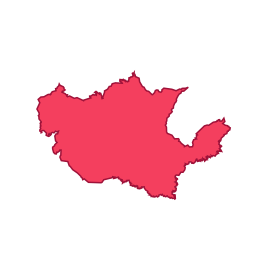 Atwima Mponua, Ashanti, Ghana (Mercator projection), rotated 216°
{"feature_id": "2480657B25907117051030", "entity_name": "Atwima Mponua", "entity_type": "district", "adm_level": 2, "iso_a3": "GHA", "parent_name": "Ghana", "parent_adm1": "Ashanti", "projection": "mercator", "projection_center": [-2.226, 6.556], "detail": "fine", "context": "isolated", "style": "filled", "palette": "rose", "viewbox_px": 256, "rotation_deg": 216, "n_neighbors": 0, "source": "geoboundaries", "source_scale": "gbopen_adm2", "svg_char_len": 5734}
<svg xmlns="http://www.w3.org/2000/svg" viewBox="0 0 256 256"><g transform="rotate(216 128 128)"><path d="M195.5,73.1L195.1,73.7L196.1,74.4L196.0,75.4L194.6,76.5L191.0,76.0L189.9,74.0L187.4,74.5L187.0,75.0L188.5,76.2L188.5,77.1L186.5,76.6L186.5,78.0L187.2,78.5L186.7,79.9L185.0,80.6L184.8,82.8L183.3,83.1L182.4,84.5L181.5,81.9L182.7,81.0L182.5,78.5L179.0,75.0L176.9,74.6L177.4,71.5L177.0,70.4L177.7,68.2L176.7,66.8L173.8,64.5L171.9,64.2L170.8,64.8L171.4,66.5L170.7,66.8L170.0,68.7L170.2,70.0L169.2,70.8L166.3,66.4L166.4,65.4L165.8,64.3L162.8,62.4L157.0,65.5L153.3,62.9L152.2,63.0L148.2,61.8L142.4,61.9L137.7,61.2L137.1,60.7L135.8,60.7L134.2,59.6L133.6,61.1L128.1,60.8L117.6,67.9L117.1,68.7L117.2,71.9L112.0,78.0L111.5,78.7L111.8,79.6L110.5,80.1L109.9,78.8L108.9,79.9L109.2,80.7L108.3,80.8L106.9,82.6L106.4,82.5L105.9,81.5L102.7,82.5L102.8,81.8L102.2,82.2L101.9,81.3L101.0,81.9L100.1,80.4L100.0,81.1L99.3,81.4L99.3,82.6L98.6,82.8L98.3,83.8L97.8,83.7L97.5,84.7L98.0,84.9L96.4,86.3L94.4,84.8L93.8,85.3L93.4,84.4L92.8,84.6L93.0,84.1L92.4,83.1L90.1,84.0L90.2,84.7L89.6,84.9L89.6,84.1L88.6,84.9L88.7,84.5L87.6,84.5L86.5,85.9L86.7,86.6L86.0,86.6L86.0,85.8L84.8,85.5L85.0,84.9L84.6,84.8L83.0,85.6L82.9,86.6L82.2,86.5L81.5,87.9L82.2,88.4L80.3,89.9L79.7,89.1L77.2,88.2L74.7,88.4L74.4,87.4L72.9,87.0L72.4,87.5L71.3,87.3L70.8,87.0L71.1,86.5L69.7,87.0L69.0,86.2L68.2,87.0L67.2,87.0L67.1,88.0L65.8,87.9L64.8,89.8L63.7,89.5L63.0,90.8L63.5,91.9L62.5,93.4L61.5,93.3L61.3,94.4L59.1,93.7L58.8,94.6L58.0,94.3L57.0,94.6L56.5,96.1L54.9,95.8L53.4,96.4L53.0,96.0L52.3,96.3L51.9,97.3L50.7,97.1L49.4,98.3L48.4,98.0L48.2,98.7L49.6,100.4L49.8,99.9L50.1,100.6L50.2,100.1L51.1,100.1L51.4,101.2L53.3,100.4L54.3,101.5L54.7,101.2L54.0,102.4L54.8,102.6L54.6,103.4L53.9,103.5L54.4,103.9L53.4,104.2L53.4,103.6L53.2,104.6L52.6,104.3L52.5,105.0L53.0,105.1L52.6,105.9L53.6,107.7L54.7,107.5L55.5,108.1L54.6,110.2L55.6,111.1L54.9,111.1L54.8,111.7L56.2,112.5L58.1,112.1L57.6,113.0L58.0,113.6L57.6,114.3L58.1,113.9L58.3,114.3L57.9,115.7L58.3,116.0L58.7,115.6L59.0,116.1L58.9,115.2L59.5,115.0L59.5,115.6L59.9,115.6L59.6,115.9L61.4,116.5L61.6,117.5L61.1,118.5L59.0,119.6L59.2,123.3L57.5,124.5L57.5,127.5L58.4,129.6L60.0,130.2L60.3,131.1L59.6,131.4L59.6,132.1L60.6,132.9L58.8,133.3L57.9,134.8L58.6,136.4L57.3,137.5L55.7,137.7L55.6,137.1L54.1,138.0L53.7,140.3L54.4,142.9L54.1,143.3L52.2,141.8L51.8,142.5L52.4,142.8L51.9,143.2L51.2,142.8L50.6,143.5L50.8,143.9L50.1,143.9L50.6,144.5L49.9,144.7L50.5,145.0L50.4,145.5L49.6,144.8L48.7,145.4L48.5,146.0L49.3,147.1L48.8,146.9L48.7,147.5L47.7,147.6L48.0,147.0L47.2,147.2L46.5,146.4L46.2,147.7L46.6,148.0L45.5,148.8L46.2,149.0L46.0,149.7L46.5,149.6L45.8,150.1L46.4,150.6L46.7,150.1L46.6,151.0L47.3,150.2L47.8,150.5L47.2,151.5L46.5,151.3L47.1,152.0L46.0,152.1L46.1,151.5L45.4,152.4L44.4,152.0L44.9,152.6L44.2,152.5L44.5,153.1L43.5,154.0L44.3,154.6L43.3,154.6L43.3,154.2L43.2,155.0L43.4,155.1L42.7,155.9L41.0,156.5L41.1,158.8L40.4,159.7L40.7,160.3L40.0,160.7L40.7,161.1L42.2,160.8L42.2,161.8L39.7,163.2L39.9,164.3L39.3,163.8L38.5,164.1L39.8,164.8L40.6,164.2L40.6,164.8L42.0,165.0L41.6,168.3L42.2,168.4L42.4,167.1L43.2,167.3L43.3,168.3L45.0,168.3L45.5,169.9L46.4,170.1L45.9,171.1L46.9,170.9L46.8,171.6L47.3,171.9L46.0,171.8L45.7,172.8L46.6,174.5L45.8,178.4L46.4,179.0L44.8,181.6L45.7,183.8L45.0,184.3L45.2,185.3L44.5,186.3L45.4,188.2L46.2,187.9L47.4,188.5L48.0,188.0L48.8,188.4L50.9,187.4L54.0,187.3L53.4,190.1L56.2,192.3L56.2,188.7L57.7,187.6L58.8,188.6L59.6,187.9L59.6,186.4L60.2,186.4L60.3,185.0L62.4,182.8L64.3,177.6L65.7,176.9L67.4,174.6L69.4,163.4L67.8,163.2L68.3,162.3L67.5,161.3L67.1,159.9L67.5,159.5L66.2,159.4L68.0,157.1L67.3,154.2L65.6,152.9L64.8,150.8L67.1,148.8L69.6,149.3L71.4,146.1L72.0,146.8L75.8,146.9L78.4,147.6L79.2,147.1L80.0,148.8L80.9,149.0L84.0,146.6L88.2,148.0L92.9,146.8L94.4,147.4L97.4,151.3L99.5,152.3L99.5,154.1L100.6,155.0L100.8,156.5L102.3,158.7L101.7,161.9L102.8,163.3L102.1,164.6L101.8,167.2L103.5,168.1L103.6,169.3L103.0,170.8L104.1,172.5L104.8,175.6L104.5,177.1L104.9,178.8L105.9,179.8L106.5,183.7L106.5,185.8L105.7,187.1L106.2,189.2L104.5,190.7L103.2,196.4L104.7,194.1L107.5,191.9L107.7,190.6L109.1,189.9L111.0,186.4L115.3,185.1L122.4,181.3L123.0,178.8L122.2,177.7L122.4,176.2L124.6,175.5L125.7,176.3L127.0,175.8L127.9,174.4L127.3,172.3L127.7,169.4L128.2,169.1L132.8,169.8L134.7,169.0L136.5,169.2L138.9,170.4L140.7,170.0L145.7,172.2L148.3,174.8L152.0,174.0L154.1,175.5L155.1,175.5L155.7,176.5L155.7,175.3L156.6,175.0L156.5,174.6L154.2,173.5L154.8,172.9L154.7,172.0L155.9,170.7L155.7,170.2L156.7,169.2L155.7,167.6L155.5,166.2L155.1,166.2L155.4,165.2L156.4,165.1L157.0,164.3L157.8,165.1L158.9,164.8L158.8,164.2L160.4,164.5L160.3,163.5L160.8,163.3L160.6,163.9L163.0,162.5L162.2,161.1L159.9,161.3L159.0,160.8L164.7,157.1L166.8,154.5L166.2,152.0L167.6,150.5L167.3,147.4L168.8,144.2L168.1,143.4L166.3,137.6L165.7,137.3L166.3,136.5L167.2,137.3L167.2,138.5L168.3,138.4L170.4,140.0L171.5,139.7L171.1,138.7L175.4,138.8L175.9,137.2L173.7,137.2L172.9,135.9L174.2,135.6L174.7,134.7L175.9,134.7L176.7,132.2L177.8,131.3L177.4,130.8L175.8,130.5L180.2,124.5L180.0,124.0L187.1,122.6L188.9,120.4L194.0,119.6L195.4,117.7L196.3,117.9L196.6,119.2L197.4,118.5L198.9,118.8L202.5,118.2L202.7,119.2L201.8,120.0L201.3,121.8L202.9,122.0L203.4,122.9L204.6,123.3L208.1,122.6L209.5,123.2L208.8,121.3L209.2,119.4L208.8,118.5L209.7,117.3L208.2,115.9L210.6,112.8L210.6,110.3L210.2,109.9L210.4,109.2L211.5,109.0L212.5,107.9L214.3,103.9L216.7,101.8L217.5,98.3L214.2,96.6L212.8,89.8L208.9,88.0L207.7,86.7L207.8,85.3L206.8,84.9L205.3,83.0L201.8,82.0L201.4,81.3L201.9,80.9L201.7,80.0L200.1,78.9L200.3,78.5L199.4,77.8L199.6,77.1L198.2,76.1L198.2,74.6L197.4,73.7L196.0,73.9L195.5,73.1Z" fill="#f43f5e" stroke="#9f1239" stroke-width="1.5"/></g></svg>